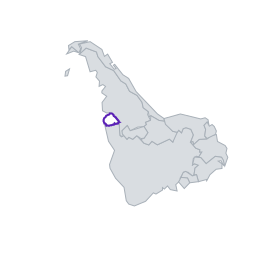 location of Uruguay within South America, rotated 130°
{"feature_id": "URY", "entity_name": "Uruguay", "entity_type": "country or territory", "adm_level": 0, "iso_a3": "URY", "parent_name": "South America", "parent_adm1": "", "projection": "mercator", "projection_center": [-56.018, -32.517], "detail": "fine", "context": "in_parent", "style": "outline", "palette": "violet", "viewbox_px": 256, "rotation_deg": 130, "n_neighbors": 12, "source": "natural_earth", "source_scale": "50m", "svg_char_len": 5629}
<svg xmlns="http://www.w3.org/2000/svg" viewBox="0 0 256 256"><g transform="rotate(130 128 128)"><path d="M101.9,214.0L104.0,219.0L110.7,222.6L101.9,223.4L101.9,214.0ZM129.1,138.8L126.9,151.1L130.1,153.7L131.2,158.6L125.1,164.3L117.4,164.7L117.9,170.6L116.4,171.8L110.6,171.9L110.9,175.2L114.7,176.9L110.4,180.0L109.5,185.4L105.2,187.2L104.5,189.8L109.3,193.2L100.6,206.4L103.1,212.8L93.7,211.5L90.0,201.0L92.7,196.9L95.5,184.5L93.2,175.9L96.5,163.8L95.7,157.9L98.9,150.4L97.2,142.1L99.3,133.8L102.7,129.4L102.4,122.9L105.1,121.6L107.7,115.7L112.4,118.2L113.4,116.1L116.2,116.2L121.1,121.2L128.7,124.6L126.6,130.1L133.9,130.8L137.8,125.7L138.9,129.5L129.1,138.8Z" fill="#d9dde1" stroke="#a8b0b8" stroke-width="1"/><path d="M101.9,214.0L101.9,223.4L106.0,223.5L103.1,226.6L96.0,224.2L86.9,214.8L95.7,220.0L97.8,215.2L101.9,214.0ZM99.5,104.5L102.3,109.2L103.9,118.4L105.9,118.8L102.4,122.9L102.7,129.4L99.3,133.8L97.2,142.1L98.9,150.4L95.7,157.9L96.5,163.8L93.2,175.9L95.5,184.5L92.7,196.9L90.0,201.0L93.7,211.5L102.0,212.6L96.4,215.1L94.9,219.1L86.2,212.5L84.6,198.5L88.3,192.1L84.5,191.1L87.7,182.1L90.5,183.3L91.8,176.3L90.1,175.4L89.3,179.6L87.8,179.1L90.5,166.1L89.6,159.4L94.9,145.2L98.3,114.5L97.6,106.5L99.5,104.5Z" fill="#d9dde1" stroke="#a8b0b8" stroke-width="1"/><path d="M120.3,210.8L126.8,207.9L128.8,209.6L124.7,212.2L120.3,210.8Z" fill="#d9dde1" stroke="#a8b0b8" stroke-width="1"/><path d="M139.6,149.1L138.6,144.1L129.1,138.8L138.9,129.5L139.0,127.3L136.5,126.2L137.3,121.5L134.6,121.4L133.6,117.1L128.3,116.3L129.4,106.0L127.6,101.2L122.8,101.1L122.0,94.7L109.9,89.1L110.0,84.6L102.8,87.7L97.1,87.7L97.3,83.9L93.1,85.3L90.5,83.8L88.6,79.0L91.3,73.4L98.7,70.9L99.9,63.1L98.4,58.9L100.4,57.8L98.9,56.0L104.6,55.2L105.7,57.5L109.5,58.3L114.9,54.8L112.7,54.1L111.3,50.2L115.6,50.9L121.4,47.4L123.3,47.9L123.3,53.5L125.6,57.0L133.1,55.8L133.2,54.1L140.7,55.0L144.7,49.9L148.0,56.0L147.0,60.5L151.4,60.9L151.5,63.3L153.4,61.7L160.6,64.1L161.4,66.9L172.8,67.4L183.6,73.0L185.8,78.5L184.8,82.6L176.0,92.9L174.5,105.2L170.4,115.9L167.8,118.7L153.8,123.9L150.7,134.4L139.6,149.1Z" fill="#d9dde1" stroke="#a8b0b8" stroke-width="1"/><path d="M99.6,87.5L110.0,84.6L109.9,89.1L122.0,94.7L122.8,101.1L127.6,101.2L129.4,106.0L128.5,110.7L125.4,109.1L118.8,109.8L116.6,116.8L113.4,116.1L112.4,118.2L107.7,115.7L103.9,118.4L102.3,109.2L99.5,104.5L101.8,91.6L99.6,87.5Z" fill="#d9dde1" stroke="#a8b0b8" stroke-width="1"/><path d="M98.7,70.9L91.3,73.4L88.6,79.0L90.5,83.8L93.1,85.3L97.3,83.9L97.1,87.7L99.6,87.5L101.8,91.6L101.1,101.7L97.6,106.5L83.6,96.9L74.3,78.1L70.6,75.5L70.2,72.0L73.0,68.7L72.6,71.2L77.1,71.5L79.1,67.7L84.8,64.1L85.8,60.4L90.9,66.0L98.4,67.0L96.8,69.6L98.7,70.9Z" fill="#d9dde1" stroke="#a8b0b8" stroke-width="1"/><path d="M106.2,57.2L104.6,55.2L98.9,56.0L100.4,57.8L98.4,58.9L99.9,63.1L98.7,70.9L96.8,69.6L98.4,67.0L90.9,66.0L85.8,60.4L80.1,59.3L76.2,56.1L80.8,50.8L79.0,42.4L80.0,39.1L84.4,36.8L86.3,32.7L95.0,29.4L90.3,37.5L93.6,42.9L105.1,45.2L103.9,53.3L106.2,57.2Z" fill="#d9dde1" stroke="#a8b0b8" stroke-width="1"/><path d="M121.4,47.4L115.6,50.9L111.3,50.2L112.7,54.1L114.9,54.8L107.6,58.5L103.9,53.3L105.1,45.2L93.6,42.9L90.3,37.5L91.3,34.3L93.6,31.4L95.2,30.9L93.3,35.8L95.4,37.6L95.0,33.0L98.6,30.0L103.0,34.0L111.1,35.2L118.6,33.6L116.5,34.4L123.8,39.5L119.7,45.5L121.4,47.4Z" fill="#d9dde1" stroke="#a8b0b8" stroke-width="1"/><path d="M131.8,55.6L126.8,57.1L124.1,55.9L123.3,47.9L119.7,45.5L123.8,39.5L130.3,45.5L128.1,50.2L131.8,55.6Z" fill="#d9dde1" stroke="#a8b0b8" stroke-width="1"/><path d="M136.8,54.6L131.8,55.6L129.2,52.0L128.1,50.2L130.3,45.5L138.2,46.0L136.8,54.6Z" fill="#d9dde1" stroke="#a8b0b8" stroke-width="1"/><path d="M85.2,60.7L84.8,64.1L79.1,67.7L77.1,71.5L72.6,71.2L74.3,66.9L71.3,65.8L71.4,62.9L73.5,58.4L76.6,56.9L85.2,60.7Z" fill="#d9dde1" stroke="#a8b0b8" stroke-width="1"/><path d="M127.8,111.3L128.3,116.3L133.6,117.1L134.6,121.4L137.3,121.5L136.1,128.7L133.9,130.8L126.6,130.1L128.7,124.6L116.6,116.8L118.8,109.8L125.4,109.1L127.8,111.3Z" fill="#d9dde1" stroke="#a8b0b8" stroke-width="1"/><path d="M139.6,149.1L139.4,149.4L139.2,149.9L138.7,150.6L138.6,151.0L138.0,151.4L137.7,151.8L137.4,151.8L137.2,152.0L135.8,152.6L135.4,152.5L135.0,152.5L134.7,152.3L133.9,152.2L133.5,152.3L132.8,152.6L132.6,152.6L132.2,152.4L132.0,152.2L131.0,151.9L130.2,151.2L129.3,151.2L128.6,151.3L128.5,151.2L128.4,151.0L128.3,150.8L127.7,150.2L127.2,149.6L127.1,149.0L127.2,148.4L127.3,147.6L127.3,147.4L127.5,147.3L127.6,147.2L127.8,147.1L127.9,146.8L128.0,146.6L127.9,146.2L127.8,145.6L127.7,145.3L127.9,144.9L127.9,144.7L127.7,144.3L127.8,144.1L127.8,143.9L127.7,143.7L127.8,143.6L127.9,143.4L128.1,143.3L128.2,143.0L128.2,142.8L128.2,142.7L128.1,142.2L128.3,141.9L128.4,141.6L128.5,141.3L128.5,141.1L128.4,141.0L128.5,140.9L128.6,140.6L128.6,140.2L128.5,139.9L128.6,139.6L128.9,139.3L129.0,139.0L129.1,138.8L129.1,138.7L129.3,138.9L129.7,139.0L130.1,139.0L130.2,138.9L130.4,138.6L130.6,138.5L130.8,138.4L131.1,138.5L131.3,138.7L132.1,139.4L132.7,140.0L132.9,140.2L133.0,140.4L133.1,140.6L133.1,141.0L133.1,141.3L133.4,141.2L133.6,141.1L133.9,140.9L134.0,140.8L134.0,140.7L134.5,140.9L134.7,141.2L134.7,141.3L134.8,141.4L134.9,141.6L135.0,141.7L135.2,141.8L135.4,141.9L135.5,141.8L135.9,142.2L136.6,142.4L136.8,142.6L136.9,142.8L137.2,143.2L137.5,143.5L137.8,143.6L138.1,143.7L138.3,143.8L138.6,144.0L138.8,144.5L138.9,144.8L139.1,145.1L139.3,145.4L139.6,145.6L140.0,145.8L140.2,146.1L140.0,146.3L139.8,146.7L139.6,146.9L139.4,147.1L139.2,147.4L139.2,148.3L139.2,148.7L139.2,148.8L139.3,148.9L139.4,149.0L139.6,149.1L139.6,149.1Z" fill="none" stroke="#5b21b6" stroke-width="2"/></g></svg>